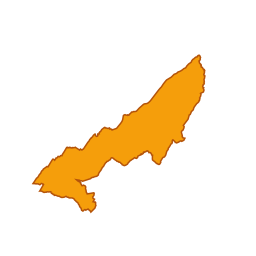 the district of La Mana, Cotopaxi, Ecuador, rotated 30°
{"feature_id": "8360857B47745613666531", "entity_name": "La Mana", "entity_type": "district", "adm_level": 2, "iso_a3": "ECU", "parent_name": "Ecuador", "parent_adm1": "Cotopaxi", "projection": "equal_earth", "projection_center": [-79.149, -0.785], "detail": "fine", "context": "isolated", "style": "filled", "palette": "amber", "viewbox_px": 256, "rotation_deg": 30, "n_neighbors": 0, "source": "geoboundaries", "source_scale": "gbopen_adm2", "svg_char_len": 5938}
<svg xmlns="http://www.w3.org/2000/svg" viewBox="0 0 256 256"><g transform="rotate(30 128 128)"><path d="M141.2,162.7L143.5,162.5L144.0,162.1L144.9,160.9L145.6,159.5L145.6,157.9L146.1,156.2L146.2,155.0L146.7,154.5L147.2,153.2L147.7,152.5L148.5,150.4L149.6,150.4L150.0,150.1L150.5,150.1L150.7,149.9L150.9,149.1L151.0,148.3L150.7,147.8L150.7,147.3L152.0,145.4L152.4,145.1L152.1,144.3L152.5,143.7L153.1,144.0L153.7,143.0L153.9,142.3L153.5,141.6L153.5,141.3L153.9,140.7L154.4,140.8L154.6,140.3L155.3,139.7L155.5,138.7L156.1,138.5L156.4,138.0L157.1,138.1L158.6,138.9L159.0,138.4L159.9,138.1L160.5,138.5L161.2,138.7L161.9,139.5L162.9,139.3L163.1,140.1L163.6,140.8L164.4,142.3L165.1,143.3L165.6,143.5L168.4,143.9L170.5,144.5L171.3,144.1L172.3,144.4L173.4,143.8L173.5,143.5L173.6,141.5L172.8,140.4L172.9,138.8L172.9,136.9L173.1,135.9L173.8,135.2L174.1,134.5L174.2,132.6L173.2,128.8L173.5,126.6L173.1,125.6L173.0,124.8L173.2,124.4L173.3,122.4L173.2,120.6L173.3,120.2L173.7,119.7L173.7,118.6L173.3,118.2L172.7,116.9L172.6,116.1L172.8,115.8L173.5,115.9L173.8,116.1L174.4,116.1L175.5,116.4L176.2,116.9L177.2,116.5L177.6,116.6L178.9,114.9L179.0,114.5L179.3,114.2L179.9,113.0L180.5,112.6L181.2,112.7L182.5,110.7L182.4,108.4L180.5,109.0L179.8,108.5L179.3,108.5L178.8,107.4L176.5,105.2L176.1,104.3L176.3,102.9L176.7,102.3L176.4,100.0L175.9,98.7L174.6,98.1L175.6,90.3L174.5,86.0L175.0,85.4L175.1,85.0L174.7,81.9L175.1,80.9L175.4,79.7L175.2,78.7L174.9,77.7L174.9,76.5L175.3,72.5L175.8,71.4L176.2,69.7L175.9,68.8L176.1,68.2L175.7,67.5L175.7,66.7L175.0,66.2L175.0,64.2L174.7,63.5L174.6,62.8L174.3,62.3L173.5,61.8L175.3,59.1L174.9,57.3L174.1,56.4L173.5,56.3L173.3,55.8L173.3,55.3L172.8,55.5L171.8,54.5L171.8,53.7L171.5,53.4L171.6,52.9L171.6,52.5L171.9,52.0L171.9,51.5L171.2,50.9L171.1,49.9L170.3,49.2L170.1,48.5L169.4,47.8L169.4,46.6L169.1,46.2L169.0,45.6L168.6,44.6L168.2,44.8L167.8,44.1L167.1,44.1L166.9,43.9L166.7,43.3L166.7,42.4L166.4,41.9L166.3,41.2L165.9,41.0L165.7,40.7L165.8,40.0L165.5,39.7L164.9,39.8L164.8,39.3L164.6,39.2L164.1,39.4L163.6,39.3L163.1,38.9L161.9,38.3L161.0,38.6L160.6,38.2L160.2,37.3L159.8,37.3L159.5,36.5L159.0,36.6L158.7,36.3L157.6,36.1L156.0,34.5L156.0,34.2L156.4,33.8L156.2,32.2L155.6,31.5L155.6,30.7L154.0,29.5L153.4,29.4L153.1,29.4L152.8,30.1L152.5,30.2L152.2,31.1L152.4,31.6L152.3,31.9L151.5,32.5L151.1,33.0L150.3,35.5L149.9,36.0L149.6,37.7L149.8,39.5L148.5,42.3L147.9,45.0L147.9,47.0L146.7,48.6L146.0,50.5L144.9,52.6L143.2,54.7L142.9,56.0L142.4,56.9L141.1,58.4L140.1,62.2L137.4,67.1L137.1,68.6L136.6,72.1L136.4,75.7L135.9,77.7L135.5,80.0L133.8,93.2L133.2,95.4L132.6,96.7L132.1,97.4L130.2,98.9L129.6,99.7L127.8,105.1L126.9,109.2L126.5,109.7L125.2,110.7L124.8,110.8L123.4,112.5L123.1,112.5L122.9,114.0L122.6,114.7L122.6,115.1L122.4,115.3L122.5,115.9L122.3,116.4L121.6,117.1L121.2,116.7L120.2,117.7L119.5,117.9L118.8,117.9L118.0,118.8L118.0,119.1L117.8,119.6L119.2,123.4L119.5,125.2L119.3,127.7L118.3,134.0L115.2,137.7L114.7,137.3L114.1,137.5L113.8,137.4L112.8,138.0L112.4,137.4L111.9,137.2L111.6,137.5L111.2,138.2L110.7,138.5L109.0,138.9L108.4,139.3L107.7,139.0L107.3,139.3L106.0,142.5L106.0,144.9L105.6,145.3L105.4,146.7L105.6,147.1L106.0,147.4L105.4,148.1L104.8,148.3L104.9,148.8L105.6,149.5L105.7,150.0L105.5,150.5L105.0,151.0L104.0,150.9L103.1,150.3L102.7,149.7L102.3,149.9L101.7,151.6L101.6,153.6L101.2,154.6L101.2,155.3L100.8,155.6L100.9,156.4L100.6,157.2L100.8,158.4L100.4,160.4L99.9,168.3L99.8,168.8L99.4,169.1L99.1,170.1L97.3,170.0L97.2,171.3L92.5,171.1L92.0,171.0L91.7,171.5L90.6,172.4L90.3,172.4L89.8,173.0L89.4,172.9L89.2,173.4L88.4,173.8L87.3,173.7L86.8,174.6L85.9,175.1L85.6,174.9L85.2,175.5L84.8,175.3L84.6,175.7L84.6,180.0L84.4,183.6L84.6,185.0L84.1,185.1L83.4,185.7L83.3,186.7L83.0,187.2L81.7,187.5L81.5,189.2L81.2,189.7L80.7,189.9L80.8,190.3L80.6,192.5L79.9,192.2L79.1,192.5L78.6,192.4L78.3,193.8L78.1,201.7L77.1,201.8L75.2,206.0L75.3,206.4L75.2,207.3L74.8,208.3L74.8,209.6L75.0,210.6L74.5,213.0L74.6,213.8L74.5,215.9L74.3,216.4L73.9,217.2L73.7,221.5L73.5,223.7L73.8,223.6L74.1,222.8L74.6,223.0L75.7,222.7L76.2,222.2L77.1,222.0L77.7,221.5L78.2,221.3L79.8,221.3L80.2,221.0L80.6,219.4L81.4,219.1L82.2,219.3L82.6,219.0L82.9,219.0L83.1,219.1L83.1,219.4L83.1,226.6L83.4,226.3L84.0,226.3L84.9,225.8L85.5,225.9L87.5,225.8L88.4,225.0L89.3,224.5L89.7,223.8L91.2,223.1L93.0,221.8L93.8,222.5L94.5,222.9L95.3,222.5L96.3,223.0L97.1,222.6L97.9,223.2L98.8,222.5L99.7,222.2L100.9,222.2L102.9,221.4L103.7,221.6L105.3,221.3L106.4,220.6L107.7,219.4L108.1,218.6L108.6,218.1L109.9,218.3L111.0,217.8L111.9,218.0L114.6,216.5L116.2,216.3L116.7,216.4L117.7,217.0L118.5,217.1L120.4,217.7L121.4,217.7L121.9,217.8L123.6,219.0L124.3,219.1L125.5,220.3L127.5,221.0L129.0,222.5L129.5,222.4L130.5,222.5L131.1,220.8L131.4,220.2L131.7,220.1L132.5,220.3L133.8,218.3L134.1,218.1L135.0,218.5L136.3,218.5L136.8,218.9L137.5,219.1L137.9,219.4L139.4,214.0L139.0,212.0L139.0,211.2L138.3,210.6L137.2,208.7L136.5,208.5L136.2,209.0L135.8,209.1L135.4,209.1L135.1,208.7L134.6,209.1L134.6,206.4L132.9,206.4L132.4,205.8L131.9,205.4L132.1,203.8L132.1,203.1L131.9,202.6L131.6,202.4L131.4,201.5L130.8,201.2L125.6,205.5L125.1,205.0L124.0,204.5L122.6,202.7L121.6,201.9L120.9,200.2L119.9,199.6L118.1,199.7L117.7,200.4L117.4,200.5L117.1,201.0L116.8,201.0L115.9,200.3L115.2,200.1L114.5,199.1L114.1,199.3L113.9,199.0L113.1,198.8L112.4,199.0L112.0,198.8L111.1,199.0L109.2,198.6L112.3,197.4L113.1,197.8L113.9,197.0L115.3,196.8L120.9,190.6L121.1,190.1L121.1,189.5L121.8,188.6L122.3,188.4L123.7,186.6L124.7,185.8L125.2,185.2L125.8,183.5L125.5,182.8L125.3,181.6L125.4,179.7L125.7,178.1L125.5,177.0L125.7,176.4L125.5,175.8L125.6,175.0L126.0,173.2L125.9,171.6L126.0,169.3L126.4,168.6L126.4,167.5L127.0,167.1L127.5,166.2L127.8,165.2L128.4,164.6L128.4,162.6L128.7,162.0L129.0,161.7L131.0,161.6L131.5,162.0L134.6,162.1L135.1,162.4L136.5,161.9L137.3,162.2L138.0,161.7L138.8,161.8L139.3,162.1L140.5,162.1L141.2,162.7Z" fill="#f59e0b" stroke="#b45309" stroke-width="1.5"/></g></svg>